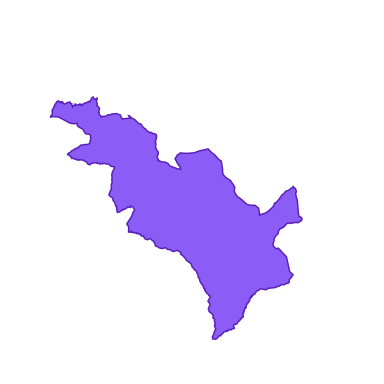 the district of Senga Hill, Northern, Zambia, rotated 63°
{"feature_id": "96606910B60229531220552", "entity_name": "Senga Hill", "entity_type": "district", "adm_level": 2, "iso_a3": "ZMB", "parent_name": "Zambia", "parent_adm1": "Northern", "projection": "robinson", "projection_center": [31.64, -9.277], "detail": "fine", "context": "isolated", "style": "filled", "palette": "violet", "viewbox_px": 384, "rotation_deg": 63, "n_neighbors": 0, "source": "geoboundaries", "source_scale": "gbopen_adm2", "svg_char_len": 6064}
<svg xmlns="http://www.w3.org/2000/svg" viewBox="0 0 384 384"><g transform="rotate(63 192 192)"><path d="M101.6,285.5L102.6,285.7L102.9,285.2L105.4,284.0L107.5,283.9L107.9,282.6L109.1,282.0L109.9,280.7L111.4,279.9L111.6,279.2L111.3,279.1L112.2,277.7L112.6,277.7L112.9,276.2L114.7,274.1L115.6,273.9L116.9,272.5L119.6,272.2L121.2,271.0L121.3,270.1L120.9,269.7L121.5,266.1L122.6,263.9L123.0,263.8L122.9,263.2L123.8,263.0L124.1,262.2L125.4,261.2L125.1,260.9L125.3,259.8L126.4,258.9L126.2,258.3L126.8,256.9L128.2,255.7L129.0,253.7L132.5,252.4L134.2,249.8L135.3,250.1L138.3,254.1L141.1,256.2L142.4,256.2L144.4,257.8L147.0,258.7L149.6,261.2L150.8,261.4L153.1,262.9L155.0,265.6L156.1,266.3L156.5,267.3L158.9,266.9L161.0,265.5L162.1,265.4L162.6,265.9L164.0,266.2L166.1,265.5L168.9,266.2L169.9,266.1L170.2,265.6L170.9,266.3L171.9,266.1L173.4,267.1L175.3,267.3L175.7,267.8L176.4,267.7L176.4,266.6L177.0,265.6L176.4,263.5L176.7,262.4L176.4,262.2L176.3,260.9L176.6,260.8L176.8,258.4L176.2,256.0L177.8,253.9L176.7,253.1L178.5,251.6L181.3,251.2L182.0,251.4L184.0,254.6L186.0,256.4L190.7,264.4L191.4,264.7L192.3,264.3L194.7,264.4L198.8,266.7L199.7,265.6L199.3,265.1L199.4,264.2L200.2,264.4L200.5,263.5L201.6,262.9L201.4,262.3L202.5,261.5L202.6,260.9L203.3,260.6L203.1,260.3L203.9,260.0L203.6,259.6L204.7,258.9L204.7,258.4L205.7,258.3L205.9,257.5L206.5,256.9L207.0,257.2L208.5,256.9L209.0,255.5L209.7,255.1L210.9,255.4L213.0,254.8L214.3,253.3L214.5,251.0L215.5,249.7L216.9,249.6L218.1,248.7L219.4,248.7L219.6,248.3L223.5,249.0L224.5,248.3L224.7,247.5L226.4,246.9L227.7,245.8L229.1,243.7L229.3,241.1L232.3,239.7L233.6,237.4L235.4,236.8L236.0,235.8L236.6,235.7L237.3,231.8L239.0,230.4L241.6,229.5L242.5,230.4L243.8,229.4L247.6,228.2L250.3,228.0L255.5,225.4L258.9,225.9L263.0,224.9L263.9,224.1L266.9,224.5L268.6,224.0L270.1,225.0L271.5,225.2L272.4,224.6L274.9,225.4L278.6,225.3L279.4,224.7L281.7,225.0L282.3,224.7L283.1,225.2L284.2,224.5L285.0,225.1L287.1,225.1L288.6,224.6L289.6,224.7L290.2,224.0L292.2,223.9L292.9,223.1L294.4,224.0L294.8,225.0L295.4,225.3L296.1,226.8L296.8,227.4L300.2,226.7L303.6,230.6L305.2,230.5L306.1,231.1L310.8,229.0L313.8,230.5L315.7,229.6L317.4,230.8L319.4,230.8L320.1,231.2L320.2,231.8L322.1,232.9L324.9,233.0L327.3,236.3L328.7,237.2L330.2,239.6L332.4,240.2L333.0,238.8L333.8,238.2L333.9,236.4L332.4,232.9L333.2,231.7L332.4,231.0L332.0,228.6L331.2,227.5L331.5,225.7L331.3,225.1L332.1,224.0L331.6,223.6L331.9,222.3L331.5,222.1L331.6,221.1L331.9,220.3L332.6,220.0L332.1,217.9L332.7,217.2L332.7,216.4L332.3,215.9L330.6,216.0L329.5,215.1L329.2,214.0L329.7,213.2L329.8,211.6L328.5,210.0L328.4,208.7L327.5,206.2L327.0,206.4L326.8,206.0L327.0,205.3L326.5,204.7L326.9,203.9L326.6,203.2L325.6,202.5L324.2,202.4L323.1,201.5L323.3,200.9L322.7,200.9L322.1,199.8L321.1,199.3L320.1,198.0L320.0,197.2L319.2,197.2L319.3,196.0L316.8,194.4L316.8,193.0L315.9,192.2L315.2,190.1L314.3,190.0L313.7,188.9L312.4,188.0L312.4,187.3L312.8,187.1L312.1,186.6L312.4,186.0L311.8,185.1L311.6,185.3L311.5,183.8L311.1,183.7L311.4,182.5L309.8,179.7L309.6,178.6L309.9,177.8L309.4,175.2L309.6,174.5L312.6,170.6L312.7,169.0L312.3,168.2L315.0,161.0L315.1,159.7L314.8,159.0L315.5,157.0L315.2,154.2L316.5,152.0L316.2,150.7L316.6,149.3L316.2,148.7L316.9,148.0L316.5,146.2L314.3,145.4L313.4,142.7L311.6,139.5L307.3,141.1L292.6,137.3L281.2,140.6L280.8,142.8L277.7,143.9L275.4,143.8L273.0,141.3L270.5,139.6L269.2,137.3L268.2,134.2L266.3,132.8L264.7,130.3L265.0,128.8L264.8,125.9L263.1,121.5L263.6,119.9L264.6,118.9L264.4,117.9L264.7,117.8L264.7,116.9L265.4,116.6L265.6,114.7L267.4,111.5L267.5,110.4L267.0,108.3L267.3,107.7L266.5,106.5L265.0,106.0L263.5,106.6L262.2,107.7L259.3,106.9L247.7,102.1L240.4,100.5L239.3,98.9L236.2,98.3L235.1,98.6L234.5,99.5L233.2,99.2L234.3,105.0L233.9,108.6L234.8,109.8L235.6,113.3L238.5,118.9L239.6,121.8L239.4,123.4L241.4,125.6L242.3,127.5L243.8,133.3L244.1,136.6L243.3,140.5L243.4,142.2L237.4,140.2L236.0,140.3L232.4,142.0L230.6,145.6L228.2,148.5L220.2,151.7L216.7,153.6L212.3,154.2L211.2,154.0L210.0,153.7L207.6,152.0L206.3,151.7L199.3,152.5L194.0,155.5L190.8,156.3L188.5,155.9L185.0,154.2L177.7,151.9L175.3,153.3L169.0,155.0L166.1,156.5L160.9,158.1L158.7,167.0L158.0,172.5L155.3,179.0L151.8,184.9L152.4,186.5L152.2,187.8L154.7,192.0L160.7,191.9L164.3,191.3L166.7,191.9L164.9,194.2L158.8,199.9L155.9,200.4L153.5,202.0L151.0,205.8L148.7,207.2L148.6,208.1L147.6,207.3L144.4,207.0L143.1,205.0L141.0,203.9L138.4,204.4L134.7,203.9L133.2,202.5L132.2,202.5L131.9,202.0L130.9,201.7L130.6,201.9L129.6,201.4L129.3,200.5L126.8,198.5L124.5,197.8L122.9,199.1L122.2,200.4L120.4,201.3L119.4,203.0L118.1,203.8L115.8,204.8L114.4,204.8L113.8,205.5L111.8,206.2L108.8,206.6L107.7,207.1L106.8,208.4L101.4,210.2L98.8,212.1L95.7,213.2L95.3,213.8L98.1,213.5L95.3,220.8L92.6,221.1L91.0,220.8L87.9,223.6L86.1,228.1L86.0,230.6L85.0,231.7L85.4,233.5L84.7,236.3L83.7,237.6L84.0,238.7L80.7,239.3L79.1,238.7L78.4,239.0L76.8,237.2L75.2,236.4L72.3,237.1L71.8,237.7L70.5,236.5L67.5,235.9L65.6,233.8L65.2,234.0L65.5,236.0L64.8,237.0L62.6,236.8L62.4,238.0L63.5,239.8L64.5,240.8L64.5,241.4L65.2,242.5L64.7,242.6L64.3,243.3L64.7,246.1L63.9,247.1L64.5,248.2L64.0,249.9L64.9,250.8L64.3,251.6L63.3,251.4L62.7,251.9L63.1,252.9L62.7,253.0L62.9,253.6L62.4,254.4L62.4,255.8L61.5,256.1L61.0,255.7L60.5,256.3L61.5,257.6L61.1,258.8L61.8,259.7L59.5,259.6L58.9,259.0L57.6,260.2L56.4,259.9L56.2,261.7L55.7,262.3L55.9,265.4L54.8,266.5L54.1,266.2L52.4,266.8L52.2,267.7L53.1,268.3L52.7,268.9L51.8,268.6L51.3,269.4L50.2,269.6L50.7,270.3L50.1,271.0L50.1,271.6L51.4,273.1L51.6,274.2L52.4,274.7L53.6,276.7L54.5,277.3L55.4,279.3L59.4,281.2L59.8,281.8L59.8,282.8L60.9,283.7L60.9,284.7L61.6,281.9L64.5,276.9L75.2,269.5L77.5,266.4L78.8,263.1L80.9,264.0L82.6,263.4L86.5,260.8L87.7,260.5L89.1,260.8L91.9,260.3L93.8,257.5L95.6,256.7L99.4,258.6L100.6,260.0L101.8,260.5L102.4,261.9L102.0,264.2L100.8,266.4L100.4,268.7L99.8,269.2L99.9,270.8L100.6,272.3L100.5,273.2L100.9,273.4L100.4,274.8L100.7,276.0L100.3,277.1L100.8,278.3L100.6,280.4L101.6,282.9L101.3,283.7L101.6,285.5Z" fill="#8b5cf6" stroke="#5b21b6" stroke-width="1.5"/></g></svg>